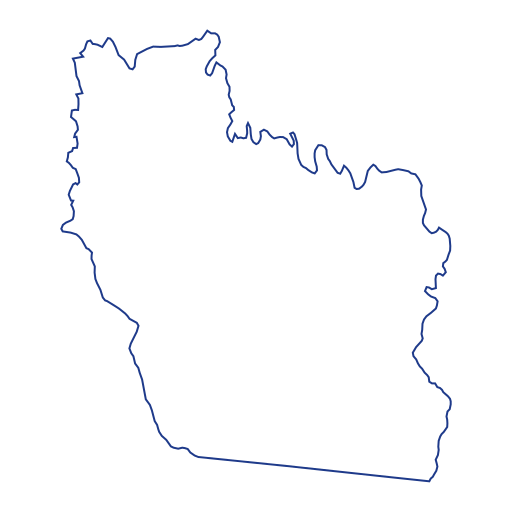 Mundo Novo, Goiás, Brazil
{"feature_id": "56859067B59704629353682", "entity_name": "Mundo Novo", "entity_type": "district", "adm_level": 2, "iso_a3": "BRA", "parent_name": "Brazil", "parent_adm1": "Goiás", "projection": "equal_earth", "projection_center": [-50.198, -13.778], "detail": "fine", "context": "isolated", "style": "outline", "palette": "blue", "viewbox_px": 512, "rotation_deg": 0, "n_neighbors": 0, "source": "geoboundaries", "source_scale": "gbopen_adm2", "svg_char_len": 4443}
<svg xmlns="http://www.w3.org/2000/svg" viewBox="0 0 512 512"><path d="M421.8,185.5L420.4,182.2L418.6,178.7L415.4,174.3L411.2,173.4L408.5,171.3L403.2,170.1L398.2,169.2L395.6,169.7L386.5,172.0L381.7,172.4L379.2,170.7L377.4,168.8L375.4,166.0L373.3,164.7L370.5,167.4L367.8,170.9L365.1,182.0L363.5,184.8L362.0,186.5L359.1,188.7L356.6,189.0L354.6,187.8L353.4,182.0L350.3,173.3L348.4,170.3L346.3,167.7L344.0,165.7L341.9,170.8L340.2,173.7L337.6,172.8L331.4,164.4L329.8,161.1L328.2,158.9L326.7,154.4L326.5,149.9L325.0,147.1L321.8,145.3L318.4,145.2L315.2,150.2L314.6,153.4L314.6,157.2L315.2,161.4L316.7,166.6L317.0,170.4L314.7,173.4L311.9,172.4L308.2,170.0L306.0,168.1L303.4,166.9L301.2,164.9L298.5,158.9L297.6,153.4L297.3,146.5L297.1,142.9L296.1,139.4L294.5,134.2L293.0,132.5L290.2,133.7L293.7,140.6L293.9,144.1L292.0,146.6L289.6,144.4L286.7,139.2L283.1,137.1L279.9,137.0L277.4,137.5L274.2,138.4L272.1,137.1L269.6,134.6L267.3,131.4L263.9,129.7L260.3,131.9L260.9,136.2L260.3,139.6L258.2,143.1L256.2,144.1L253.4,142.2L251.5,139.0L250.8,134.5L250.3,127.8L248.0,123.1L246.7,126.1L247.1,130.3L247.2,133.2L246.1,137.8L243.4,138.3L240.8,137.5L237.8,138.1L235.0,133.9L233.3,138.9L232.3,141.8L230.4,140.8L227.8,136.4L227.0,132.2L227.9,128.1L230.4,124.5L232.3,121.1L230.5,117.6L229.2,114.3L231.3,112.3L234.1,110.0L233.8,106.9L232.2,105.3L230.7,99.4L229.3,97.3L228.7,94.7L229.6,90.9L229.5,86.8L227.4,83.2L226.0,78.2L226.6,74.5L225.6,69.7L222.5,66.5L220.3,65.4L216.4,62.4L214.7,65.9L213.6,69.0L212.1,73.2L210.2,75.5L207.6,74.6L206.0,72.5L205.7,69.2L206.8,66.3L209.7,61.1L212.3,58.2L215.4,55.4L215.2,49.9L218.0,47.0L219.9,42.2L218.7,36.7L217.2,34.6L215.0,33.3L211.1,33.3L207.3,30.7L203.1,36.7L201.3,39.0L198.9,40.0L195.6,38.7L187.9,44.1L182.3,45.7L179.6,46.0L177.6,45.4L174.7,46.1L160.7,46.9L153.2,46.6L147.1,48.9L137.1,54.1L135.3,59.8L134.7,66.6L132.6,69.3L129.5,68.4L124.1,59.6L118.6,55.1L115.5,47.0L112.9,41.7L110.2,38.6L108.0,38.1L102.3,47.0L97.5,44.7L94.7,44.1L92.7,43.9L90.4,40.5L87.4,41.4L86.1,44.3L84.9,48.6L83.5,50.6L80.2,53.1L83.1,56.7L72.9,58.6L74.8,62.7L76.5,76.1L79.0,81.1L79.6,85.3L82.4,93.2L80.3,93.6L76.3,94.4L78.4,98.5L78.5,104.2L78.1,110.0L75.0,109.8L71.9,110.5L71.0,117.0L76.0,121.3L77.6,126.4L77.9,129.8L75.1,133.6L74.2,137.1L76.5,136.8L77.6,143.6L77.0,147.8L73.1,148.0L72.1,151.1L68.3,152.8L67.9,157.3L66.8,161.4L68.8,162.8L70.8,165.0L72.8,167.8L75.7,169.1L77.3,173.3L78.9,177.8L79.2,182.3L77.3,184.5L75.6,183.1L73.1,184.4L69.9,190.9L68.7,194.7L71.0,200.5L73.2,200.7L71.2,204.9L72.6,207.3L73.9,211.2L73.6,216.1L72.7,219.2L70.4,220.7L66.0,222.6L62.9,224.9L61.3,228.8L62.7,231.4L70.6,232.6L76.4,234.4L78.9,236.5L81.8,239.8L86.4,248.2L88.6,249.1L92.0,252.6L91.6,255.4L91.5,259.0L94.8,266.4L94.6,272.6L95.4,279.0L97.0,283.1L100.4,289.8L102.8,297.5L105.1,300.4L107.1,301.1L116.1,306.7L118.9,308.5L125.2,313.5L127.6,316.1L129.5,318.8L134.4,321.5L136.8,322.8L138.5,325.8L136.7,331.8L133.8,337.6L130.8,343.6L129.4,348.4L131.3,353.3L133.4,356.2L135.1,363.5L138.3,367.8L139.7,372.8L142.1,379.5L145.8,399.3L149.9,404.9L151.9,410.4L154.7,421.1L157.1,424.9L158.3,429.3L159.2,431.9L161.8,435.9L166.3,439.9L170.9,446.4L173.6,447.7L178.2,448.7L182.3,447.7L184.8,448.1L187.7,449.0L190.3,452.5L194.6,455.5L198.2,457.0L286.6,466.0L353.4,473.2L393.4,477.5L429.3,481.3L430.7,478.6L432.8,476.8L434.1,474.4L436.3,470.8L437.4,466.6L436.7,463.4L435.7,459.7L437.9,455.1L438.7,449.9L438.3,446.7L438.7,440.8L440.2,436.5L441.6,434.1L443.8,431.9L447.2,427.0L447.4,423.3L447.2,419.7L446.5,416.5L447.5,411.5L449.7,409.2L450.7,404.4L450.7,401.3L450.0,398.8L448.1,396.4L443.3,392.2L442.0,389.8L440.0,388.0L437.3,387.1L435.1,383.4L432.0,383.4L429.3,381.7L428.7,377.2L427.2,375.1L424.6,372.6L422.1,368.7L419.8,366.4L417.9,363.3L416.2,359.4L413.5,356.2L412.8,352.7L416.1,347.1L421.8,340.8L422.7,338.4L421.5,334.0L422.2,329.9L422.5,323.7L424.0,319.5L426.4,316.3L431.0,312.8L435.9,308.5L436.9,305.5L437.6,301.3L435.3,298.1L433.4,297.4L431.0,296.5L428.1,294.3L425.0,291.1L426.6,287.1L429.0,287.5L431.8,289.2L435.9,288.1L435.5,279.1L436.0,275.6L438.0,273.6L440.5,274.1L442.9,275.6L445.8,272.2L444.6,268.8L442.9,266.4L443.3,263.1L445.3,261.6L446.9,259.9L448.6,254.5L450.1,250.6L450.3,246.0L449.7,238.7L448.8,235.7L447.5,233.7L445.7,232.1L441.6,229.4L439.0,227.6L437.8,229.9L436.1,231.7L433.9,232.7L431.7,233.2L429.4,231.6L424.0,225.3L422.9,223.0L422.9,219.6L423.9,215.9L425.1,213.1L426.0,209.5L421.3,196.0L421.1,189.5L421.8,185.5Z" fill="none" stroke="#1e3a8a" stroke-width="2"/></svg>